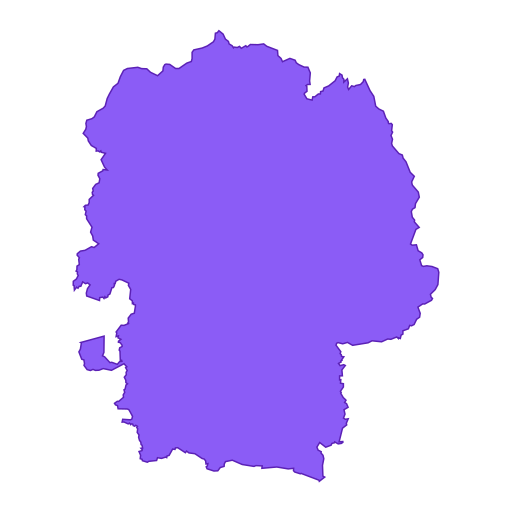 outline of Zapopan, Jalisco, Mexico
{"feature_id": "50627088B32586146432484", "entity_name": "Zapopan", "entity_type": "district", "adm_level": 2, "iso_a3": "MEX", "parent_name": "Mexico", "parent_adm1": "Jalisco", "projection": "mercator", "projection_center": [-103.516, 20.792], "detail": "fine", "context": "isolated", "style": "filled", "palette": "violet", "viewbox_px": 512, "rotation_deg": 0, "n_neighbors": 0, "source": "geoboundaries", "source_scale": "gbopen_adm2", "svg_char_len": 5947}
<svg xmlns="http://www.w3.org/2000/svg" viewBox="0 0 512 512"><path d="M86.6,218.7L92.0,227.2L90.6,232.1L92.7,236.0L93.3,240.1L98.7,243.8L94.1,247.5L91.5,246.7L85.1,250.3L80.4,251.1L77.3,253.7L77.1,255.1L79.4,257.8L78.7,259.2L79.3,264.6L77.0,266.1L76.9,269.7L76.1,271.1L77.5,271.9L77.3,273.9L78.2,275.5L76.4,279.0L73.3,281.3L73.2,285.2L74.1,285.7L74.4,290.1L76.6,287.2L78.0,288.2L79.2,286.3L80.8,286.3L82.7,281.9L85.6,283.7L87.6,282.9L90.1,284.9L87.5,288.6L86.3,293.1L86.7,296.0L99.5,300.5L99.7,297.6L102.8,297.1L104.0,298.5L104.9,296.7L105.7,297.9L107.8,296.8L108.0,295.1L109.9,294.0L111.9,287.7L113.4,287.5L114.4,285.6L114.3,283.6L115.1,283.7L115.8,281.2L119.1,279.3L121.9,279.9L128.8,283.2L128.4,285.4L130.7,289.4L129.7,298.8L132.3,300.8L132.4,303.5L133.4,303.1L133.5,304.4L135.4,304.9L135.4,306.4L134.3,313.2L131.2,314.2L128.2,318.1L128.5,322.0L127.8,323.0L128.4,323.6L124.0,325.4L121.2,325.2L116.1,332.0L116.8,333.0L116.1,336.6L118.4,335.9L118.0,337.8L120.9,339.3L118.5,341.2L118.4,342.2L120.3,342.7L122.1,345.3L122.1,346.5L119.7,347.8L119.2,350.1L120.0,351.2L120.3,360.1L121.6,360.3L121.9,361.3L119.6,361.6L117.3,364.3L111.7,362.3L109.9,362.6L104.6,356.8L102.5,355.8L103.9,352.4L104.1,336.1L80.7,342.5L81.4,342.9L80.4,349.1L78.9,351.9L81.7,359.2L83.9,359.9L84.5,363.6L84.0,365.4L87.1,369.6L90.4,370.5L93.0,369.4L95.4,370.4L99.0,370.2L103.2,368.6L111.5,370.3L124.0,363.7L126.8,366.8L125.6,367.6L127.2,370.5L126.1,372.3L126.3,374.7L124.3,377.2L125.8,380.2L125.9,382.6L127.5,383.8L126.0,385.0L125.1,389.1L124.0,389.8L124.7,392.4L123.2,394.9L123.5,397.3L118.7,401.4L117.3,401.3L114.5,403.3L115.5,404.9L117.5,405.6L118.1,408.8L127.3,409.0L128.8,409.6L130.2,412.0L132.5,416.3L131.9,419.0L130.5,419.8L122.7,419.3L122.1,422.1L124.0,422.0L128.2,423.9L129.5,423.1L130.7,424.6L131.1,423.9L132.7,424.1L133.2,425.6L134.7,426.2L135.8,425.3L137.5,426.3L136.7,427.6L137.7,428.7L137.2,432.4L139.0,435.0L138.6,437.2L139.5,440.4L140.8,442.1L141.1,444.6L142.1,445.3L142.6,448.1L141.0,448.3L142.3,449.7L142.0,450.6L139.0,451.5L140.6,455.3L140.2,458.7L142.1,459.3L142.4,460.7L147.3,462.2L149.0,461.3L156.6,460.5L157.5,457.7L161.5,458.4L165.7,457.1L166.7,457.6L167.0,456.0L169.1,455.4L172.6,449.1L175.0,449.4L175.4,447.9L177.7,447.7L185.4,452.7L186.6,451.1L188.9,452.9L194.9,453.7L202.1,458.5L204.1,459.0L205.6,460.8L206.0,464.0L207.9,463.6L207.3,466.0L206.2,466.8L207.1,468.8L213.9,471.0L217.8,470.8L220.3,467.5L224.1,466.4L224.3,463.9L225.5,461.6L232.3,460.2L242.2,464.5L254.0,466.4L255.9,465.6L262.2,465.9L261.9,468.3L276.8,467.0L288.2,468.9L293.6,468.3L293.5,470.7L294.7,472.0L300.3,473.8L301.1,473.4L319.0,480.2L319.3,481.3L324.7,477.1L322.9,476.1L322.5,465.3L323.8,458.7L323.0,455.3L321.0,453.0L321.2,451.7L318.1,450.1L316.9,447.1L319.7,442.5L325.7,447.2L331.1,445.2L331.9,443.4L334.4,442.8L334.7,441.9L338.2,443.9L341.4,443.4L342.9,442.3L342.8,441.5L339.1,441.8L342.5,428.2L346.7,424.9L346.3,423.3L348.2,418.8L345.4,419.3L343.5,418.1L345.0,414.1L344.0,409.7L348.1,407.3L346.5,403.6L344.6,402.5L346.0,400.2L343.2,397.5L340.7,393.2L341.2,392.5L340.4,391.3L343.4,387.0L343.4,383.7L340.5,383.2L340.8,379.7L339.6,379.9L339.6,375.9L342.4,375.8L341.9,369.9L345.3,365.5L343.7,364.7L340.1,365.6L338.5,363.4L341.0,362.1L340.7,361.2L342.0,360.3L341.7,359.8L343.8,356.8L341.5,356.4L341.3,354.8L340.1,353.6L340.8,351.7L336.0,345.2L336.6,343.3L338.0,342.6L342.7,343.8L347.5,342.4L352.6,345.3L368.1,342.8L372.0,340.8L381.6,341.8L387.7,339.0L390.9,339.3L396.7,337.0L398.4,338.5L398.5,337.8L400.3,338.5L401.1,335.1L402.9,334.1L402.9,330.8L408.4,328.8L409.7,325.4L411.5,325.8L414.1,324.5L416.6,319.3L419.6,317.2L420.2,313.3L417.9,307.1L422.7,303.9L424.7,304.0L431.5,300.3L432.5,298.5L431.1,297.1L430.4,294.3L435.2,289.6L437.9,284.6L438.8,272.3L437.7,268.7L432.0,266.5L426.8,265.8L423.3,266.4L421.6,265.6L419.8,259.8L422.7,257.5L423.0,254.8L421.8,252.9L418.1,250.7L416.4,244.8L412.2,245.2L410.5,244.0L415.9,229.4L419.2,227.4L414.3,221.8L414.6,220.1L412.3,217.2L411.3,211.6L412.4,209.2L415.0,207.6L415.5,203.6L419.3,197.2L418.3,192.1L412.4,185.2L411.9,183.4L411.7,181.8L414.3,176.3L410.2,172.3L406.0,161.8L403.1,158.1L402.3,155.0L398.9,153.6L392.4,146.0L391.6,143.5L392.5,139.2L391.0,135.5L392.6,132.1L391.6,130.7L392.3,124.7L391.2,123.4L389.0,123.7L388.3,122.9L388.3,121.6L385.8,118.0L383.4,111.2L378.9,109.0L375.7,106.2L373.8,96.4L370.0,90.6L364.8,79.3L363.7,79.5L363.3,81.6L360.5,84.5L355.8,85.5L354.3,86.6L351.7,85.8L348.6,89.5L347.6,87.0L348.4,83.1L347.4,78.8L343.8,82.1L343.9,79.3L342.5,77.8L342.0,75.1L339.6,73.6L339.2,76.1L337.1,76.9L335.1,80.8L328.7,85.9L324.0,87.9L323.0,91.0L320.6,91.6L320.4,93.9L318.3,94.0L314.8,96.8L312.8,96.8L312.1,100.1L306.9,98.8L304.2,94.3L304.4,93.3L307.0,91.3L306.8,86.4L306.0,85.6L307.6,84.5L310.1,84.4L309.6,80.9L310.3,72.9L307.9,67.2L304.1,67.1L298.8,64.6L296.3,62.8L295.1,60.2L289.9,58.4L282.5,61.7L281.0,58.4L277.9,55.6L277.5,50.4L266.8,46.3L263.7,43.9L258.0,44.7L250.4,44.5L247.6,46.7L246.8,46.9L245.8,45.7L241.3,48.3L239.5,46.4L237.3,47.5L234.1,47.1L233.5,47.8L232.1,45.7L229.1,43.9L228.4,41.4L225.4,39.1L223.1,34.1L218.9,30.7L217.3,32.7L215.4,33.2L214.9,39.1L213.4,41.8L207.4,45.9L202.3,48.0L193.8,49.9L192.1,52.3L192.1,58.7L191.3,61.5L186.8,63.1L179.0,68.5L175.6,68.5L169.7,64.4L166.0,64.1L164.8,64.6L163.3,67.1L162.9,70.9L157.6,75.7L150.5,72.3L146.8,68.8L141.6,68.6L137.8,67.3L127.4,68.5L123.6,70.4L120.3,76.8L118.0,83.3L113.4,86.9L109.3,94.2L107.2,98.5L105.2,106.0L103.2,108.2L96.9,111.7L94.3,116.9L91.9,118.7L86.8,120.2L85.9,123.4L86.4,126.6L85.8,129.2L83.2,133.4L87.8,138.1L88.3,140.9L91.3,145.5L96.3,148.4L96.2,151.1L98.1,150.9L99.7,151.9L100.8,150.9L101.3,152.3L105.5,153.3L101.1,159.7L104.5,167.0L107.2,170.0L103.1,169.5L102.8,170.8L98.2,173.3L98.0,175.3L99.8,178.7L99.1,182.8L95.7,184.4L92.7,188.4L93.2,191.0L92.2,192.3L92.5,194.4L93.5,195.3L89.2,199.4L89.2,202.6L88.1,205.0L85.4,205.3L84.0,206.7L84.9,206.9L84.8,209.8L86.1,211.1L85.3,214.7L86.6,215.8L86.6,218.7Z" fill="#8b5cf6" stroke="#5b21b6" stroke-width="1.5"/></svg>